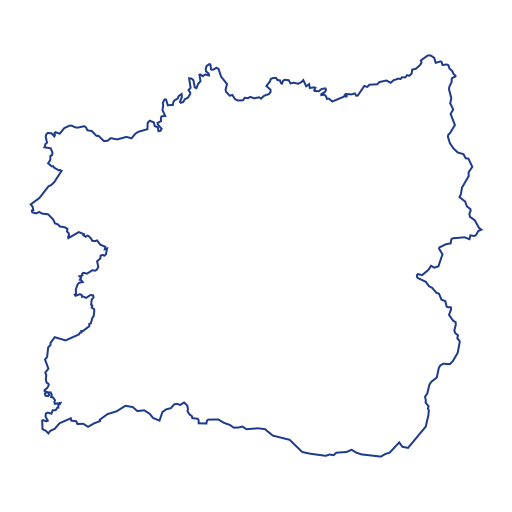 Lac Duong, Lâm Đồng, Vietnam (Albers equal-area conic projection)
{"feature_id": "81297802B90979220295161", "entity_name": "Lac Duong", "entity_type": "district", "adm_level": 2, "iso_a3": "VNM", "parent_name": "Vietnam", "parent_adm1": "Lâm Đồng", "projection": "albers", "projection_center": [108.454, 12.138], "detail": "fine", "context": "isolated", "style": "outline", "palette": "blue", "viewbox_px": 512, "rotation_deg": 0, "n_neighbors": 0, "source": "geoboundaries", "source_scale": "gbopen_adm2", "svg_char_len": 5808}
<svg xmlns="http://www.w3.org/2000/svg" viewBox="0 0 512 512"><path d="M481.3,229.7L479.0,227.9L474.8,220.3L469.9,216.8L469.4,213.6L470.7,210.7L470.3,209.0L466.9,206.4L465.2,201.6L459.5,197.1L460.8,194.5L462.0,187.6L468.7,176.1L468.6,172.2L472.3,166.9L468.4,158.6L465.7,158.3L463.5,154.2L457.8,152.5L453.6,148.6L449.9,143.2L447.9,136.6L448.3,134.7L449.9,133.3L454.9,125.0L450.6,113.9L453.2,109.5L450.2,103.3L451.3,98.1L449.0,89.3L449.4,86.5L451.6,82.1L451.7,79.0L452.2,78.0L455.5,76.5L455.5,75.8L453.4,73.7L452.3,71.1L449.4,68.5L448.5,65.3L446.8,64.5L442.5,65.0L441.6,62.0L440.7,61.4L435.7,62.8L434.2,57.8L430.7,55.5L427.9,55.4L420.9,60.4L421.5,62.6L420.3,64.8L416.0,68.7L412.2,69.7L411.6,73.7L409.3,75.8L407.1,75.2L405.3,77.4L402.0,77.3L400.5,79.0L398.6,78.6L393.6,80.2L390.7,82.8L386.3,80.5L379.3,82.1L377.3,84.3L369.4,84.7L367.4,86.9L364.3,86.0L357.8,95.5L356.2,95.7L354.8,93.4L351.5,94.4L345.6,94.0L344.9,95.0L346.6,95.4L346.6,96.5L344.5,96.4L332.3,101.5L328.9,98.6L326.9,98.9L326.2,96.6L324.5,94.7L321.3,95.1L321.3,94.2L325.3,91.6L326.0,89.6L325.4,88.4L321.8,88.9L318.7,91.2L314.6,91.0L314.2,90.3L315.4,87.8L314.1,87.3L309.8,88.0L309.1,84.2L306.2,86.3L303.3,80.1L301.5,82.0L298.2,83.8L293.9,82.7L290.5,83.4L288.7,80.2L284.5,79.8L283.2,80.7L281.9,83.7L280.9,83.0L279.9,80.3L277.5,80.1L276.1,78.0L273.6,77.9L270.8,78.9L270.0,81.4L266.4,86.0L270.5,89.7L270.6,92.0L268.9,94.1L264.2,95.7L261.0,98.6L259.0,97.3L254.3,98.3L250.2,96.9L248.0,98.2L244.7,97.8L243.0,100.3L237.8,100.5L235.0,99.1L232.4,95.0L229.7,95.7L226.0,91.7L225.6,89.5L227.0,84.1L221.1,76.6L218.5,68.9L216.3,67.8L213.2,69.7L211.1,69.5L210.4,64.5L209.4,64.1L206.6,65.9L205.7,69.2L206.0,71.3L208.7,73.6L209.0,75.4L205.3,74.5L202.6,76.2L200.6,74.5L199.4,74.7L200.5,81.1L198.0,84.1L196.4,88.2L194.7,87.3L193.4,80.2L191.6,78.6L189.1,78.3L190.6,87.8L188.5,90.1L190.2,92.5L190.2,94.0L187.8,97.8L184.8,99.2L183.3,102.0L180.8,102.8L179.9,101.9L181.9,96.9L181.6,94.0L178.7,96.1L177.6,98.6L174.5,100.4L173.3,102.1L172.9,104.9L167.8,105.3L166.1,99.7L165.1,99.3L164.1,100.1L162.8,103.2L163.2,105.4L162.5,110.1L165.2,116.0L161.6,116.3L160.9,117.9L161.1,121.1L157.5,122.9L157.9,124.5L161.6,128.8L160.5,130.8L158.5,131.2L157.8,127.4L154.7,126.0L153.8,122.4L149.7,120.7L147.7,122.8L147.4,129.2L138.3,131.8L135.5,133.6L131.5,138.3L126.4,136.9L117.2,139.4L110.6,138.2L107.8,140.7L103.9,141.1L98.6,135.9L96.5,135.9L91.7,131.0L87.4,130.3L86.0,127.4L84.2,126.2L77.9,127.6L75.3,127.4L71.6,125.6L69.4,125.7L64.3,128.1L59.7,133.7L55.5,132.2L54.6,133.0L54.9,135.2L54.3,136.4L51.6,133.3L47.7,133.0L46.2,134.5L45.7,136.9L47.0,142.6L45.4,144.2L44.4,147.3L50.7,148.3L52.5,152.8L52.0,155.2L50.5,155.8L50.2,160.1L48.1,163.3L51.8,166.4L53.2,166.2L54.2,167.7L58.8,170.3L60.1,170.0L61.6,170.8L54.2,182.2L51.0,185.2L48.6,186.2L39.4,198.0L30.7,204.4L32.6,206.7L33.3,210.1L31.9,210.5L32.2,212.3L35.9,213.4L39.3,212.0L42.1,213.6L48.1,214.3L53.2,219.5L54.9,223.3L58.1,224.5L59.9,226.5L64.6,227.2L67.4,228.8L67.0,231.5L68.6,233.1L69.1,235.1L68.1,236.9L68.4,238.1L78.8,232.1L84.0,234.2L83.3,235.2L85.6,236.8L87.2,235.6L88.4,235.9L91.0,238.4L92.2,240.8L95.2,241.1L97.0,240.4L100.2,244.6L105.4,246.8L104.8,249.3L107.1,248.5L105.9,254.3L104.3,255.7L102.9,254.9L100.6,255.6L100.3,258.5L97.1,261.3L98.3,266.9L96.7,269.8L95.0,270.7L92.5,270.2L87.0,273.6L83.2,272.8L82.1,274.0L82.4,275.4L79.5,276.2L81.1,277.8L79.9,279.7L81.2,280.1L82.7,282.1L79.2,282.7L77.6,284.5L75.8,289.3L76.0,293.5L74.7,294.8L75.5,295.8L79.9,294.2L81.7,295.0L82.0,296.8L83.1,296.5L86.1,297.9L90.3,295.1L93.1,295.3L93.5,297.4L91.7,299.8L91.1,304.8L92.3,305.5L91.7,307.6L94.1,309.3L94.3,311.1L93.6,316.3L92.4,317.8L90.8,323.5L89.3,323.9L89.2,326.3L82.8,331.1L81.3,331.0L81.4,332.4L79.9,332.7L79.0,334.4L65.6,340.4L54.7,337.2L50.5,343.0L50.5,345.0L48.2,347.3L47.1,357.0L45.0,359.5L48.4,368.7L45.3,372.5L46.3,375.5L45.8,379.1L46.6,382.7L48.5,383.8L48.7,385.4L47.1,388.1L44.6,390.0L44.7,391.3L47.0,392.0L44.8,393.8L45.6,395.8L48.1,396.1L49.2,395.0L48.0,392.4L50.6,392.4L51.8,394.7L51.1,397.1L53.0,397.4L55.0,400.2L54.4,402.0L54.8,403.8L60.5,402.9L59.9,404.1L58.3,404.8L58.4,407.6L57.3,407.7L55.7,410.2L52.7,410.3L51.4,413.7L47.7,412.6L45.9,413.5L45.5,416.5L47.8,420.7L46.4,421.3L43.3,420.2L42.2,420.5L42.5,429.1L45.8,430.8L48.4,433.4L50.2,430.9L54.7,428.8L59.6,423.2L70.8,418.3L71.3,420.6L76.3,421.3L77.4,424.0L83.2,423.8L88.1,426.8L94.2,423.3L100.0,421.1L99.8,419.7L107.5,414.1L116.6,411.3L125.4,405.8L132.8,407.1L137.4,411.1L144.2,410.3L149.7,413.8L153.1,418.0L159.5,420.6L162.5,411.9L166.5,409.2L170.8,408.2L174.1,404.4L177.2,403.8L180.0,405.0L184.1,402.5L187.3,405.6L188.0,409.1L187.5,411.2L189.3,414.2L192.0,416.3L192.3,418.1L197.8,418.8L198.6,420.2L198.7,423.3L206.4,423.5L206.9,420.8L208.2,419.6L218.4,419.5L223.6,422.7L230.0,425.0L233.6,427.6L238.0,427.6L242.5,426.6L246.4,429.2L257.7,428.3L264.9,429.1L272.8,435.6L289.6,439.8L302.2,452.0L310.1,453.7L325.7,455.8L329.7,454.5L333.6,455.2L336.3,452.7L346.5,452.0L351.6,449.8L356.6,452.8L361.5,454.4L380.8,456.6L385.3,454.0L389.7,452.6L399.2,442.4L402.4,446.8L408.0,447.9L425.7,426.7L428.4,415.1L428.8,410.3L427.9,408.4L428.6,406.2L425.6,402.7L425.8,400.0L425.0,396.8L427.3,393.4L429.5,384.5L431.2,381.9L436.8,377.5L438.8,368.0L440.4,365.3L443.5,363.7L449.8,364.2L453.0,360.9L457.7,352.8L459.7,342.1L459.5,340.8L457.3,338.4L458.0,335.3L455.2,333.1L454.3,330.5L455.8,324.7L455.6,322.1L453.2,320.8L449.0,314.9L451.1,309.2L450.9,307.3L447.7,307.2L446.6,306.5L445.3,301.1L441.5,299.7L439.0,293.7L436.4,292.8L432.1,287.8L429.0,286.2L425.8,281.8L417.8,278.0L416.9,276.8L417.2,274.6L417.9,274.1L422.1,275.1L428.5,269.8L431.0,265.8L434.4,267.7L438.4,266.3L442.5,254.3L439.0,248.6L439.3,247.5L446.0,244.2L450.6,243.4L451.4,239.2L452.7,238.3L464.6,237.3L469.5,239.2L470.4,235.4L474.0,236.0L475.9,235.2L478.4,230.9L481.3,229.7Z" fill="none" stroke="#1e3a8a" stroke-width="2"/></svg>